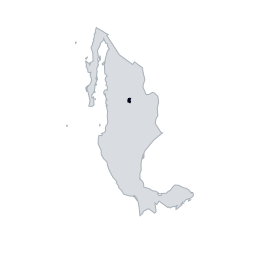 location of López, Chihuahua, Mexico, rotated 36°
{"feature_id": "50627088B10503438619479", "entity_name": "López", "entity_type": "district", "adm_level": 2, "iso_a3": "MEX", "parent_name": "Mexico", "parent_adm1": "Chihuahua", "projection": "natural_earth1", "projection_center": [-104.952, 26.935], "detail": "fine", "context": "in_parent", "style": "filled", "palette": "ink", "viewbox_px": 256, "rotation_deg": 36, "n_neighbors": 0, "source": "geoboundaries", "source_scale": "gbopen_adm2", "svg_char_len": 4246}
<svg xmlns="http://www.w3.org/2000/svg" viewBox="0 0 256 256"><g transform="rotate(36 128 128)"><path d="M43.3,65.4L57.1,64.1L56.4,65.6L78.1,73.9L94.4,73.9L94.4,70.7L104.5,70.8L106.3,73.0L113.3,79.1L115.0,84.3L116.3,86.3L123.0,90.3L125.1,88.8L126.7,85.0L128.7,84.2L133.5,84.8L137.5,89.0L140.2,95.0L144.9,100.5L145.2,104.0L147.3,108.3L157.5,112.3L158.8,111.7L155.9,122.7L155.1,136.0L155.6,138.8L158.3,142.6L157.7,144.7L157.9,142.6L155.6,139.4L156.4,142.3L159.1,148.6L163.5,154.5L164.6,158.2L167.6,162.0L166.8,161.9L168.6,162.8L168.0,162.2L171.2,162.7L173.5,164.0L175.5,166.5L180.9,164.6L184.9,164.3L187.5,162.9L190.3,162.6L190.8,163.2L190.6,163.9L192.9,164.4L194.4,163.2L194.0,161.3L193.2,161.8L193.4,161.4L197.5,158.1L197.7,155.5L198.9,154.0L198.8,149.7L199.5,146.5L202.6,144.6L208.1,143.7L210.6,142.6L213.3,142.3L217.8,143.4L218.1,142.7L216.9,142.7L218.4,142.2L220.3,143.6L220.7,145.5L219.8,148.1L217.0,152.0L217.0,154.6L215.5,156.1L215.8,156.7L217.1,156.5L215.8,158.1L215.8,158.8L216.7,158.6L215.1,165.1L214.6,165.7L213.7,164.2L213.4,161.8L212.2,164.3L210.8,164.5L209.2,167.9L207.3,167.8L207.1,168.9L196.2,168.9L196.3,172.9L193.8,172.9L199.8,178.9L199.7,181.2L192.0,181.2L189.3,186.7L190.1,188.1L189.2,191.9L183.5,185.5L179.0,181.3L176.2,179.7L175.9,180.1L178.5,181.5L174.5,180.2L174.8,179.2L173.8,179.6L173.1,178.7L172.4,179.7L173.7,180.2L171.7,180.4L169.8,181.8L163.5,184.1L159.5,182.3L156.1,181.9L153.8,180.2L151.5,179.5L150.1,177.9L144.5,176.6L137.6,173.2L133.1,170.1L131.2,167.9L126.5,167.2L122.1,165.3L119.3,161.8L113.2,158.4L110.0,153.8L108.9,150.9L111.3,149.5L110.9,148.3L109.8,147.9L111.5,145.7L111.6,143.1L110.3,142.2L109.0,139.6L109.0,137.2L108.2,135.1L104.6,131.1L101.5,126.3L96.6,122.2L98.0,122.9L98.1,122.0L95.5,121.2L93.6,117.9L95.0,118.0L91.2,115.7L90.7,114.7L89.3,115.1L89.0,114.6L90.1,113.3L88.3,114.3L87.2,113.3L87.0,111.2L88.3,109.3L88.8,109.6L87.9,107.7L86.7,106.4L85.1,106.5L84.0,103.8L82.1,103.2L80.9,102.1L80.2,99.8L80.7,98.3L77.2,97.6L71.3,90.2L71.0,88.4L70.1,87.8L66.4,78.7L66.1,75.9L66.5,75.0L63.2,73.8L62.5,72.3L61.4,71.8L60.2,72.6L55.8,69.9L56.5,71.7L55.9,75.1L56.9,77.9L57.6,83.1L62.1,87.7L63.5,90.8L64.2,90.7L64.6,91.6L65.2,91.7L65.8,93.7L67.1,94.3L67.8,98.6L70.2,100.7L70.9,103.1L72.0,103.8L72.8,106.6L73.7,107.3L73.2,105.2L74.5,106.4L76.0,112.9L77.5,114.7L79.5,119.4L79.2,121.3L79.6,123.1L81.3,124.8L81.9,123.1L86.8,129.1L86.4,131.4L84.4,133.1L83.4,133.3L81.3,128.3L73.6,121.6L72.9,121.7L71.4,119.6L71.1,118.1L71.5,115.0L70.9,112.0L69.7,109.9L66.0,107.3L65.3,104.7L64.6,105.8L62.7,106.3L61.3,104.6L57.8,102.8L57.3,101.3L54.7,99.2L54.5,98.4L57.2,98.9L58.7,98.2L58.7,98.9L60.1,99.6L59.6,97.9L59.0,97.8L60.3,94.3L55.3,87.8L51.1,85.0L50.4,83.5L50.4,81.1L49.4,80.3L49.1,77.6L47.7,76.4L47.6,74.8L45.8,72.2L45.4,71.0L46.1,70.2L44.8,69.2L43.3,65.4ZM71.1,90.3L70.6,91.9L69.3,91.4L69.8,88.9L70.6,88.6L71.1,90.3ZM65.6,89.9L63.6,88.1L63.1,86.3L64.1,86.9L64.3,87.9L65.3,88.2L65.6,89.9ZM219.9,151.5L219.4,150.9L219.6,150.2L220.8,149.5L219.9,151.5ZM71.4,121.6L70.1,119.9L70.9,116.4L70.7,119.6L71.4,121.6ZM53.7,96.8L52.7,96.6L53.4,94.7L53.9,96.1L53.7,96.8ZM36.0,90.7L35.2,89.5L35.4,89.0L35.7,89.0L36.0,90.7ZM72.6,121.7L73.4,123.0L71.7,121.7L72.6,121.7ZM104.0,142.3L103.8,142.9L103.4,142.6L103.2,141.7L104.0,142.3ZM80.1,118.1L80.4,119.2L79.4,117.9L80.1,118.1ZM76.7,111.1L77.2,111.6L76.4,112.6L76.7,111.1ZM77.7,162.4L77.3,162.6L76.8,162.1L77.3,161.6L77.7,162.4ZM192.2,162.6L191.2,162.9L192.8,162.3L192.2,162.6ZM84.7,124.2L84.2,124.1L84.1,123.1L84.7,124.2Z" fill="#d9dde1" stroke="#a8b0b8" stroke-width="1"/><path d="M111.7,104.9L111.9,104.9L112.0,105.2L112.0,105.3L112.0,105.2L112.4,105.2L112.3,105.4L112.1,105.4L112.0,105.5L112.5,105.6L112.6,105.8L112.6,106.0L112.7,106.7L112.8,106.7L113.1,106.4L113.0,106.2L113.3,106.1L113.5,106.1L113.5,106.3L113.8,106.2L114.2,106.1L114.3,106.1L114.4,106.3L114.5,106.3L114.6,106.2L114.5,105.9L114.4,105.7L114.4,105.4L114.3,105.2L114.2,105.2L113.8,105.2L113.7,105.1L113.6,104.9L113.1,104.2L113.0,104.4L112.9,104.4L112.8,104.2L112.7,103.9L112.6,103.7L112.8,103.5L112.8,103.4L112.7,103.3L112.7,103.2L112.6,102.9L112.2,103.2L112.0,103.3L111.9,103.3L111.5,103.6L111.4,103.8L111.3,104.0L111.5,104.4L111.6,104.6L111.6,104.8L111.7,104.9Z" fill="#0f172a" stroke="#020617" stroke-width="1.5"/></g></svg>